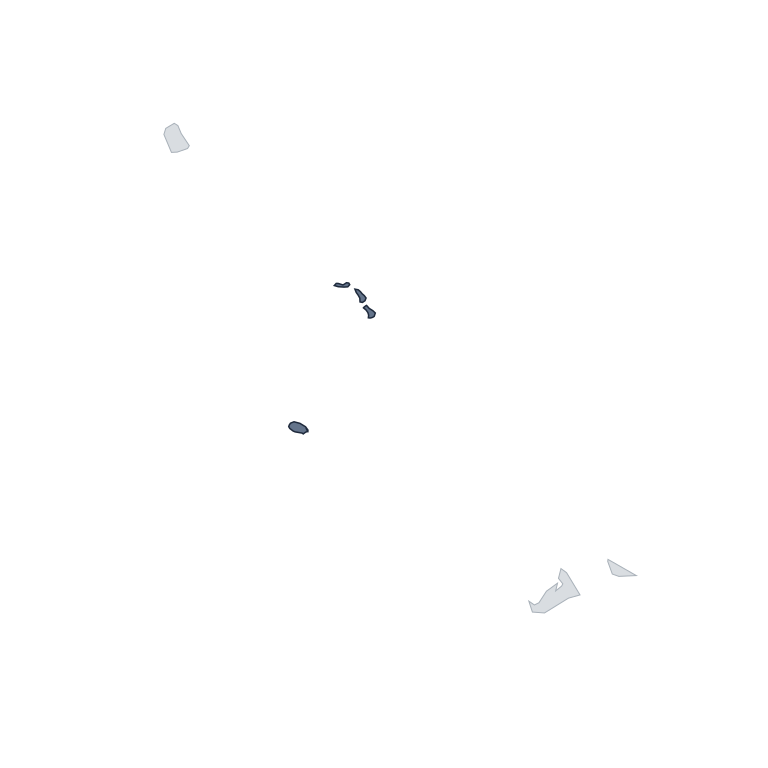 location of Ha'apai within Tonga, rotated 298°
{"feature_id": "TON-4948", "entity_name": "Ha'apai", "entity_type": "state/province", "adm_level": 1, "iso_a3": "TON", "parent_name": "Tonga", "parent_adm1": "", "projection": "natural_earth1", "projection_center": [-174.543, -19.707], "detail": "fine", "context": "in_parent", "style": "filled", "palette": "slate", "viewbox_px": 768, "rotation_deg": 298, "n_neighbors": 0, "source": "natural_earth", "source_scale": "10m", "svg_char_len": 1334}
<svg xmlns="http://www.w3.org/2000/svg" viewBox="0 0 768 768"><g transform="rotate(298 384 384)"><path d="M288.9,635.7L291.5,635.7L294.3,629.3L304.1,626.9L303.1,633.8L289.8,656.1L281.5,647.4L257.2,633.2L252.3,622.1L260.3,613.8L259.5,620.5L263.6,623.5L277.3,624.7L289.6,630.7L281.9,632.7L288.9,635.7ZM509.9,87.4L503.0,100.2L499.7,100.0L491.7,92.6L488.7,87.6L501.0,72.5L507.3,71.3L515.7,76.4L515.4,80.7L509.9,87.4ZM334.3,664.1L333.3,696.7L324.4,681.7L323.4,674.8L332.4,664.8L334.3,664.1Z" fill="#d9dde1" stroke="#a8b0b8" stroke-width="1"/><path d="M305.5,319.8L308.4,322.3L309.8,328.3L309.4,334.8L307.3,339.1L307.3,337.5L306.2,339.1L305.3,337.9L304.3,337.2L302.2,336.2L302.3,336.1L302.1,335.5L302.2,334.7L300.0,328.0L299.8,325.8L300.5,321.7L301.6,319.9L303.2,319.6L305.5,319.8ZM435.1,339.1L437.6,338.1L439.5,336.2L440.9,333.4L441.6,330.1L442.5,330.3L444.5,331.2L445.2,331.7L443.8,335.5L443.5,339.8L442.6,343.0L439.1,343.6L437.7,342.8L436.6,341.8L435.7,340.7L435.1,339.1ZM445.2,324.3L448.5,322.3L450.3,319.5L451.8,316.5L454.1,313.8L455.1,317.0L454.5,319.8L453.4,322.4L452.8,325.1L451.5,327.8L448.6,328.1L445.9,326.7L445.2,324.3ZM453.5,302.1L455.8,303.3L456.6,305.5L455.6,307.1L452.8,306.4L450.8,303.2L448.4,297.9L447.6,293.9L450.4,294.6L451.3,296.4L452.2,301.2L453.5,302.1Z" fill="#64748b" stroke="#1e293b" stroke-width="1.5"/></g></svg>